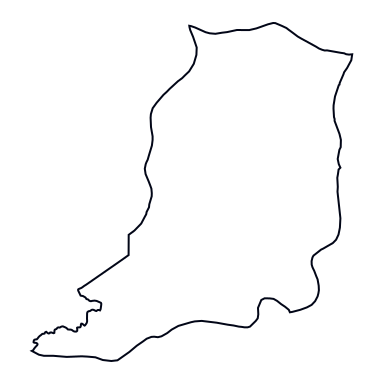 outline of Chiantla, Huehuetenango, Guatemala, rotated 180°
{"feature_id": "79465075B62653815483929", "entity_name": "Chiantla", "entity_type": "district", "adm_level": 2, "iso_a3": "GTM", "parent_name": "Guatemala", "parent_adm1": "Huehuetenango", "projection": "albers", "projection_center": [-91.345, 15.5], "detail": "fine", "context": "isolated", "style": "outline", "palette": "ink", "viewbox_px": 384, "rotation_deg": 180, "n_neighbors": 0, "source": "geoboundaries", "source_scale": "gbopen_adm2", "svg_char_len": 3935}
<svg xmlns="http://www.w3.org/2000/svg" viewBox="0 0 384 384"><g transform="rotate(180 192 192)"><path d="M255.3,149.2L255.4,128.9L266.3,121.2L298.0,99.2L299.8,98.1L301.8,96.6L303.0,95.9L304.3,95.4L305.6,94.8L305.9,94.3L305.8,93.4L303.4,88.4L302.6,88.2L301.1,88.0L300.6,87.7L299.0,86.8L298.4,86.3L298.0,85.7L297.7,85.1L297.1,84.8L296.3,84.7L295.7,84.3L295.3,83.9L294.7,83.3L293.8,82.9L292.6,82.9L292.0,83.1L291.1,83.2L290.3,83.3L289.6,83.4L288.9,83.3L288.1,83.2L287.2,83.0L284.2,81.7L283.1,81.2L282.7,80.2L282.8,79.0L283.0,77.4L283.3,75.4L283.5,74.5L284.0,73.6L284.5,73.8L285.3,74.0L286.1,74.0L286.7,73.7L287.6,73.0L288.6,73.2L289.1,73.5L289.6,73.8L290.7,74.2L291.4,74.3L292.1,74.2L292.7,73.9L293.5,73.3L294.2,72.9L295.2,72.8L295.8,72.5L296.4,72.1L296.8,71.2L296.9,70.4L297.0,65.1L296.9,64.0L296.9,63.2L296.9,62.5L297.2,61.4L297.4,60.9L297.7,60.4L298.2,59.7L298.9,58.7L299.4,58.4L300.1,58.8L300.7,59.4L301.5,60.1L302.0,60.3L302.7,60.3L303.1,59.6L303.1,58.9L303.2,57.9L303.7,56.8L304.7,56.6L306.2,56.6L306.9,56.3L306.9,55.4L306.8,54.9L306.7,54.3L306.8,53.2L307.5,52.5L308.6,52.4L309.6,52.5L310.4,52.8L310.9,53.1L311.8,53.8L312.5,54.2L313.4,54.4L314.3,54.4L315.5,54.5L316.2,54.6L317.1,55.6L317.7,56.1L318.5,56.5L319.5,57.0L320.1,57.2L321.0,57.6L321.8,57.6L322.7,57.3L323.2,57.1L324.1,56.5L324.8,56.5L325.6,56.6L326.5,56.3L326.9,55.8L327.6,55.0L328.4,54.7L329.2,54.3L329.5,53.6L329.6,52.8L329.6,51.9L329.7,51.1L330.4,50.8L331.4,51.1L331.9,51.3L332.9,51.6L334.0,51.4L334.4,50.8L335.2,50.5L335.9,50.7L336.7,51.2L337.3,51.8L337.8,52.2L338.7,51.8L339.2,51.1L339.4,50.5L340.2,50.2L341.2,50.2L342.1,49.8L342.7,49.2L343.3,48.7L344.2,48.1L344.8,47.5L345.3,47.0L345.7,46.5L346.1,45.9L346.5,45.4L347.2,44.7L348.1,44.6L349.5,44.3L349.9,43.9L350.3,43.0L350.4,42.3L350.4,41.7L349.8,41.3L348.9,41.2L348.3,41.2L347.2,40.8L346.5,40.0L346.5,39.4L346.9,38.7L347.3,38.3L348.2,37.4L349.6,35.7L350.1,35.0L350.6,34.1L351.1,33.6L352.2,33.1L345.1,29.3L340.1,28.2L330.7,28.2L317.3,27.1L302.3,27.7L296.6,27.4L288.6,26.7L281.2,24.0L279.5,23.8L272.7,23.0L266.5,23.7L254.7,32.0L247.2,38.3L241.1,42.5L237.3,45.3L232.6,47.1L229.9,47.3L226.1,46.8L222.5,47.7L216.8,50.9L212.3,54.4L205.6,58.1L201.5,59.3L192.9,61.8L189.2,62.6L182.3,63.1L167.3,61.3L156.2,59.3L150.4,58.5L145.2,57.4L142.2,57.1L139.7,56.7L136.3,56.7L134.0,57.4L128.3,63.0L126.3,65.6L125.7,69.6L126.0,76.1L122.7,84.0L119.4,85.7L114.3,85.6L110.4,85.1L106.9,83.1L102.9,79.9L99.0,77.3L95.2,74.2L94.1,71.7L91.7,72.1L83.7,74.2L77.1,76.6L72.4,79.1L68.9,82.8L66.4,87.6L65.6,90.7L65.1,93.8L65.3,98.3L66.4,104.6L67.7,107.7L69.8,113.2L70.6,114.8L71.5,116.7L72.3,119.3L72.4,122.9L71.5,126.6L70.5,128.4L62.9,134.4L60.8,135.4L57.0,137.6L51.1,141.0L47.9,144.3L45.5,149.4L44.1,156.3L43.6,165.7L46.5,192.3L46.2,197.1L46.7,206.2L46.1,209.5L45.4,214.5L43.6,216.3L45.2,219.8L46.3,225.0L44.6,234.2L43.3,236.8L43.1,244.1L44.5,250.0L49.4,263.1L49.4,265.0L50.0,266.9L50.5,275.4L50.4,278.8L49.0,287.5L45.2,298.9L44.5,299.4L44.3,301.0L40.5,309.8L39.9,311.7L36.9,316.0L32.7,323.8L31.8,329.7L35.0,329.4L37.9,329.8L39.8,330.7L43.3,331.2L56.9,333.6L59.3,333.5L61.8,334.2L65.0,335.5L67.9,337.3L82.7,345.4L86.3,347.5L90.4,350.6L94.3,353.5L94.9,353.9L97.6,356.0L102.1,358.1L108.7,360.9L110.9,361.0L116.0,359.7L119.4,358.5L123.9,356.9L127.6,355.6L134.9,353.9L147.1,354.0L156.9,351.9L161.9,351.3L168.6,350.2L174.3,350.7L178.4,351.8L188.9,356.5L193.0,357.9L194.7,358.2L194.5,356.8L193.8,354.0L190.9,347.1L187.3,336.5L187.6,329.1L190.2,320.2L194.9,312.6L199.0,308.7L201.9,305.8L206.0,302.8L214.3,295.2L217.1,292.3L220.5,289.2L224.2,284.9L227.3,281.3L231.3,275.8L233.1,269.9L233.4,266.3L233.0,256.9L231.4,247.7L231.4,244.0L232.1,238.4L234.9,229.2L236.3,224.3L237.5,221.9L238.3,219.8L238.6,218.2L239.2,215.3L238.4,209.9L237.1,206.8L235.3,202.5L233.9,198.9L232.6,195.3L232.2,190.8L232.3,187.7L234.7,179.7L235.0,176.7L237.4,172.0L237.8,169.7L239.1,167.4L242.8,160.4L249.6,153.4L255.3,149.2Z" fill="none" stroke="#020617" stroke-width="2"/></g></svg>